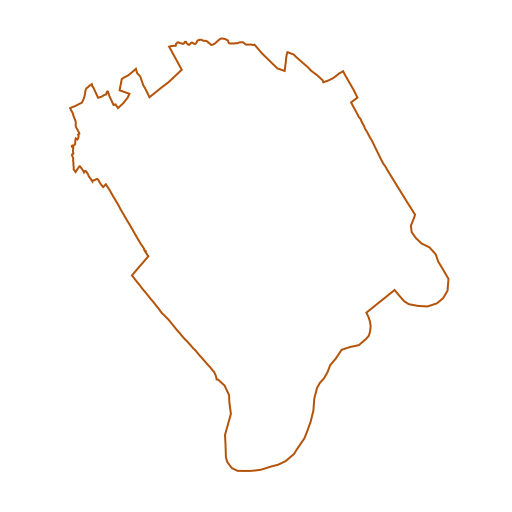 outline of Cotofenii Din Fata, Dolj, Romania, rotated 273°
{"feature_id": "2599482B64594888050734", "entity_name": "Cotofenii Din Fata", "entity_type": "district", "adm_level": 2, "iso_a3": "ROU", "parent_name": "Romania", "parent_adm1": "Dolj", "projection": "robinson", "projection_center": [23.665, 44.452], "detail": "fine", "context": "isolated", "style": "outline", "palette": "amber", "viewbox_px": 512, "rotation_deg": 273, "n_neighbors": 0, "source": "geoboundaries", "source_scale": "gbopen_adm2", "svg_char_len": 5999}
<svg xmlns="http://www.w3.org/2000/svg" viewBox="0 0 512 512"><g transform="rotate(273 256 256)"><path d="M305.7,412.6L318.6,403.5L334.3,392.6L340.3,388.5L349.3,382.3L352.5,380.3L354.8,378.3L360.8,374.8L377.3,365.7L380.1,363.7L385.4,360.6L388.7,358.3L391.4,357.1L394.7,355.0L398.5,353.1L399.1,352.4L400.0,351.5L404.2,349.1L411.5,344.6L414.4,342.9L419.5,349.0L427.0,344.8L440.2,336.2L445.1,333.3L444.2,332.0L442.5,329.3L441.3,328.1L437.8,323.9L435.3,319.6L433.0,314.1L435.1,313.3L436.4,311.6L438.2,309.5L440.0,307.2L443.8,301.5L447.1,298.1L453.3,290.1L457.3,285.1L458.7,283.7L459.4,282.6L459.8,281.1L460.3,279.6L461.2,276.8L459.1,276.2L455.8,275.8L450.4,275.6L448.1,275.3L447.0,275.2L445.3,275.2L442.3,274.9L443.7,270.2L444.3,267.9L445.0,266.9L449.3,262.0L458.9,251.1L466.5,243.9L467.0,243.3L466.6,242.3L466.7,240.8L467.0,239.5L466.8,238.6L466.7,237.2L466.5,235.6L467.0,234.3L468.2,232.5L468.8,231.6L468.7,230.2L468.5,228.8L468.2,227.7L467.5,226.3L467.4,225.6L467.5,224.4L467.2,223.7L466.9,222.4L467.1,221.3L467.0,220.8L466.8,219.4L467.0,218.4L467.4,217.6L468.3,217.1L469.1,216.9L469.8,216.6L470.1,216.1L470.4,215.1L471.1,213.8L471.3,212.3L471.3,211.4L471.5,210.7L471.4,210.2L471.2,209.6L471.0,209.1L470.4,208.3L469.4,207.1L468.2,206.0L467.6,205.4L466.5,204.3L465.6,203.2L464.8,201.8L464.5,200.6L464.5,200.0L466.0,198.4L466.6,197.1L467.1,196.9L467.7,196.3L467.7,195.9L468.0,195.3L468.2,194.5L468.2,193.7L468.3,193.1L468.2,192.6L468.1,192.2L468.2,191.7L468.5,191.4L468.9,190.7L469.1,189.5L469.0,188.5L468.7,188.1L468.7,187.6L468.3,186.8L468.1,186.5L467.6,186.0L466.6,185.7L465.0,184.8L464.7,184.5L464.6,183.5L464.8,182.7L465.3,182.0L465.8,181.0L465.8,180.6L465.4,180.0L465.1,179.7L464.5,179.3L463.7,178.7L463.3,178.0L463.5,177.4L463.9,176.8L464.3,176.4L464.6,175.9L465.2,175.4L466.2,174.9L466.3,174.4L466.2,173.9L466.0,173.6L465.6,173.4L465.0,173.2L464.3,172.7L464.1,172.4L464.0,172.1L464.0,171.8L464.2,171.3L464.4,170.6L464.5,170.1L464.6,169.1L464.9,168.2L465.2,167.6L465.3,167.1L465.3,166.6L464.9,166.2L464.4,165.9L464.0,165.6L463.8,165.1L463.3,165.0L461.9,164.9L461.7,164.6L461.6,163.9L461.5,162.1L461.2,160.1L460.8,159.1L460.5,158.3L438.1,172.1L424.8,159.4L419.9,153.5L409.0,141.3L411.2,140.1L418.0,136.3L420.3,134.6L429.2,131.0L432.4,127.7L436.6,126.3L432.7,122.3L429.6,118.8L427.4,114.9L425.7,112.7L424.4,112.5L414.3,111.1L411.4,121.1L407.5,119.6L401.7,115.5L396.5,110.5L400.1,107.7L399.4,105.8L403.6,103.6L404.8,102.9L407.6,101.4L412.5,99.5L412.6,99.0L411.8,98.3L410.4,98.2L409.4,97.8L408.9,96.1L407.0,93.4L405.8,90.0L415.8,84.7L417.4,83.4L418.1,83.3L419.0,83.0L418.6,82.6L418.0,82.0L417.5,80.9L415.5,79.1L414.7,77.9L413.5,77.4L411.6,76.9L409.1,76.8L405.1,76.1L400.1,74.2L397.8,70.2L396.4,67.8L394.7,64.1L393.8,62.6L392.9,63.2L392.1,63.6L389.9,65.0L389.1,65.5L386.3,66.4L385.5,66.9L385.2,67.0L384.7,67.2L384.3,67.3L382.0,68.5L380.8,68.8L380.0,69.0L379.1,69.1L377.4,69.0L376.2,69.2L375.3,69.5L374.7,69.9L373.7,70.5L372.6,71.3L371.6,71.8L369.2,73.2L368.4,72.8L367.9,72.0L366.4,72.6L364.6,72.3L363.0,71.5L364.0,69.9L363.0,69.6L358.2,69.5L356.5,68.0L356.8,66.9L356.3,66.3L355.2,66.7L354.5,67.9L352.3,67.7L350.1,67.9L348.9,68.3L348.1,67.8L347.7,67.0L347.3,66.8L344.3,68.3L341.4,68.4L339.6,68.8L337.4,68.9L337.2,68.9L336.1,69.1L334.9,69.4L333.1,69.3L332.7,69.6L332.4,69.9L330.4,71.5L330.7,71.7L331.7,72.1L334.3,73.7L335.8,74.6L336.2,74.9L336.3,75.1L336.4,75.3L336.3,75.5L336.1,75.7L335.7,76.1L331.9,79.1L331.5,79.4L330.5,79.9L330.8,80.1L331.4,80.1L331.7,80.3L331.9,81.0L332.0,81.4L331.9,81.6L331.5,81.8L331.1,82.3L328.6,84.1L327.3,84.6L326.0,85.5L324.3,87.0L322.4,88.3L321.8,88.8L322.3,88.9L322.7,89.1L322.8,89.2L322.9,89.4L323.2,90.5L323.5,91.1L324.4,92.7L324.5,92.9L324.5,93.4L324.5,93.6L324.4,93.8L324.1,94.1L323.5,94.7L322.3,95.5L322.0,95.6L321.7,95.8L321.1,96.2L320.0,97.0L317.4,99.2L316.8,99.8L317.3,100.3L319.4,101.9L319.8,102.3L317.1,104.2L315.8,105.2L313.6,106.7L312.9,107.2L311.6,107.9L310.5,108.7L307.8,110.4L305.8,111.8L302.7,113.8L301.0,115.1L295.4,118.4L291.4,121.0L289.4,122.5L289.0,122.5L288.7,122.7L287.6,123.6L286.5,124.3L285.7,124.7L283.1,126.5L280.4,128.4L278.1,129.8L275.7,131.5L274.5,132.1L272.9,133.2L271.5,134.0L268.3,136.2L266.9,137.0L261.9,140.4L261.4,140.9L258.0,143.4L257.6,143.7L256.4,144.0L256.1,144.1L255.7,144.6L255.5,144.8L255.3,145.6L255.1,145.7L254.5,145.2L251.9,147.1L250.8,147.9L250.6,148.1L250.1,148.5L248.5,147.3L246.2,145.5L245.3,144.8L243.6,143.6L241.8,142.1L236.8,138.2L234.1,136.2L230.1,133.1L228.6,134.5L227.1,135.8L226.8,136.0L223.9,138.5L220.0,142.1L218.3,143.4L217.3,144.3L216.4,145.2L215.2,146.2L214.7,146.8L212.6,148.7L211.0,150.1L210.0,151.0L208.2,152.5L207.0,153.7L206.4,154.3L204.3,156.3L203.9,156.5L203.6,156.9L203.4,157.1L202.2,158.0L197.9,161.9L196.1,163.3L194.2,164.8L192.0,167.5L190.2,169.3L189.7,170.0L189.3,170.3L188.7,171.1L188.2,171.6L185.9,173.8L183.0,176.3L181.2,178.0L178.9,180.0L177.5,181.3L176.7,182.0L175.4,183.5L174.3,184.5L173.9,184.8L172.6,186.0L169.1,189.4L167.3,191.5L166.1,192.7L164.5,194.3L163.7,195.2L161.8,196.9L160.7,198.0L159.4,199.5L158.3,200.7L157.2,201.7L155.9,202.9L153.8,204.8L151.8,206.9L149.7,208.9L147.6,210.9L144.7,213.8L144.5,214.0L141.7,216.8L140.1,218.1L139.5,218.7L138.1,220.3L137.0,220.7L136.3,221.2L134.3,222.1L132.7,222.7L130.7,223.1L130.8,224.3L125.0,231.4L115.6,236.4L108.7,237.0L97.1,239.2L75.6,234.4L66.5,235.4L53.3,236.5L48.6,238.2L42.9,243.0L40.5,248.8L40.7,255.2L41.0,260.7L41.7,266.1L42.8,272.1L46.5,281.9L48.8,289.2L52.7,296.3L60.3,304.3L65.5,307.2L76.5,313.9L83.4,316.2L93.2,319.2L104.8,321.4L117.0,321.7L127.5,323.9L132.6,326.4L137.2,330.2L143.7,333.5L150.9,335.8L157.8,341.1L166.8,346.4L169.9,354.3L172.4,363.4L178.9,370.2L182.2,372.8L186.2,373.8L191.7,374.2L196.2,373.3L200.4,371.8L205.2,369.2L229.3,396.2L224.7,400.4L218.7,406.2L215.9,411.0L214.6,420.6L214.6,430.0L218.2,439.2L223.6,445.0L231.4,449.1L243.2,449.4L253.9,442.4L260.1,438.2L267.1,435.4L273.7,428.8L277.2,420.6L282.3,414.7L288.0,410.2L294.3,409.1L303.5,412.2L305.7,412.6Z" fill="none" stroke="#b45309" stroke-width="2"/></g></svg>